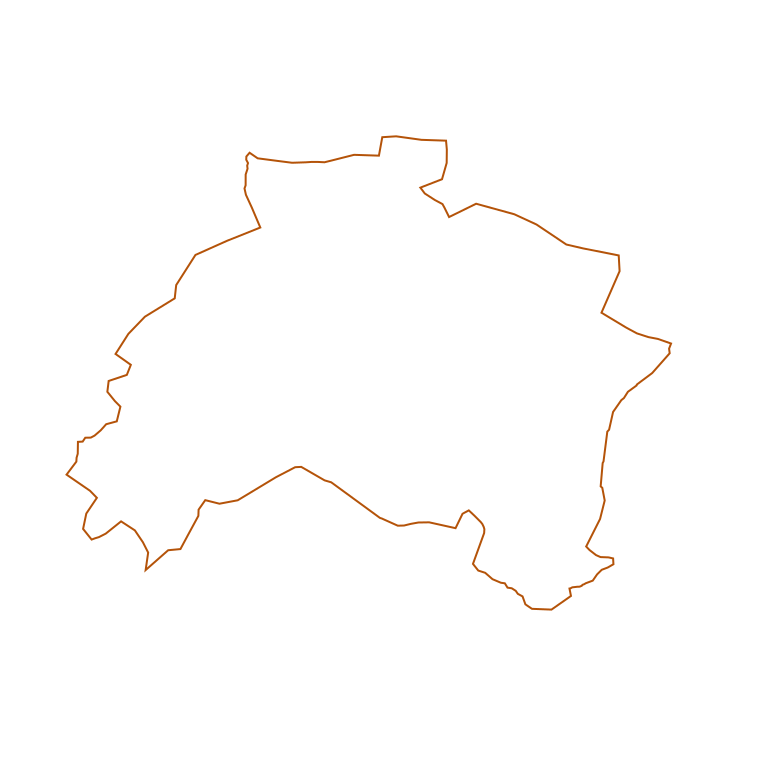 the district of Potiskum, Yobe, Nigeria, rotated 198°
{"feature_id": "59680162B46130456424051", "entity_name": "Potiskum", "entity_type": "district", "adm_level": 2, "iso_a3": "NGA", "parent_name": "Nigeria", "parent_adm1": "Yobe", "projection": "orthographic", "projection_center": [11.137, 11.687], "detail": "fine", "context": "isolated", "style": "outline", "palette": "amber", "viewbox_px": 768, "rotation_deg": 198, "n_neighbors": 0, "source": "geoboundaries", "source_scale": "gbopen_adm2", "svg_char_len": 2242}
<svg xmlns="http://www.w3.org/2000/svg" viewBox="0 0 768 768"><g transform="rotate(198 384 384)"><path d="M553.2,133.4L537.9,159.2L526.6,164.1L524.0,178.4L524.0,178.5L519.8,201.2L521.5,207.2L518.1,218.3L503.5,219.3L487.2,228.2L458.0,261.9L442.8,277.4L437.1,279.6L410.7,274.0L403.8,274.2L346.5,255.4L344.3,255.4L343.7,255.3L327.1,253.5L321.2,255.6L315.2,259.3L308.5,262.9L298.3,266.4L271.4,269.0L269.2,284.9L264.3,290.0L257.3,286.7L249.3,282.6L247.2,281.2L245.1,279.0L243.7,277.0L242.7,273.2L243.8,240.4L236.7,235.7L229.4,235.7L220.5,231.9L211.4,231.1L207.5,231.8L203.6,228.5L199.4,229.2L194.8,228.0L191.9,225.8L186.6,224.8L181.4,218.1L173.8,215.9L155.0,221.2L140.7,240.2L144.4,246.8L143.5,247.3L142.1,248.8L137.5,250.9L135.3,251.7L133.7,253.1L133.5,253.3L133.3,253.9L133.2,254.3L131.7,255.5L130.6,256.8L124.7,261.5L122.5,268.8L119.5,274.6L114.5,278.6L110.1,283.5L112.2,288.9L116.8,288.5L124.6,286.3L129.5,286.8L137.2,289.6L141.5,291.9L136.8,322.4L138.1,341.4L144.3,352.7L146.3,353.6L151.6,376.4L151.3,378.2L156.9,407.7L155.8,410.1L157.5,428.2L153.3,442.0L151.5,444.7L149.6,452.0L143.3,460.7L143.4,461.6L132.3,477.3L121.8,501.5L123.8,505.7L123.5,511.2L137.5,511.5L147.1,510.3L159.1,510.3L167.4,511.8L171.6,512.6L199.2,519.0L194.8,564.1L200.5,578.8L236.4,574.5L253.7,573.0L288.2,582.8L312.5,585.7L352.1,583.9L373.7,562.9L380.9,570.3L384.0,573.2L392.5,574.7L404.1,577.8L410.1,582.0L392.1,596.7L392.7,613.6L396.7,626.4L400.2,634.6L423.8,627.8L449.0,623.3L461.9,618.2L459.4,599.6L483.3,592.7L503.3,580.1L509.1,576.5L515.0,574.9L521.8,572.7L527.1,570.6L539.8,566.0L554.0,563.3L573.9,559.6L583.3,562.4L585.2,557.8L584.3,554.7L581.6,552.1L581.6,549.4L580.3,546.6L580.3,540.5L577.0,530.2L577.1,526.9L573.8,521.3L564.1,510.8L550.0,494.6L577.4,471.8L603.2,448.5L612.2,413.9L609.5,400.8L632.2,374.1L642.6,352.7L648.6,329.6L630.7,324.0L631.4,313.2L646.8,301.8L644.7,291.1L634.5,284.5L627.7,281.0L626.6,265.9L635.8,259.9L639.1,252.4L643.3,245.5L646.3,242.4L651.5,240.6L652.8,236.1L657.2,234.4L653.7,223.0L653.6,218.9L652.6,215.1L657.9,199.7L630.6,191.6L621.9,187.0L627.1,168.8L625.4,153.2L614.0,145.7L611.1,148.0L607.8,150.3L602.4,155.7L591.6,172.1L575.7,167.8L564.4,159.0L556.2,150.8L553.2,133.4Z" fill="none" stroke="#b45309" stroke-width="2"/></g></svg>